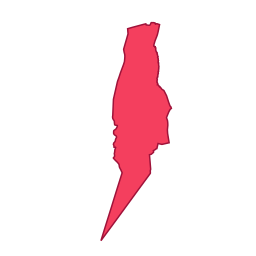 Fljótsdalshreppur, Austurland, Iceland, rotated 334°
{"feature_id": "244011B28727550371532", "entity_name": "Fljótsdalshreppur", "entity_type": "district", "adm_level": 2, "iso_a3": "ISL", "parent_name": "Iceland", "parent_adm1": "Austurland", "projection": "albers", "projection_center": [-15.091, 64.811], "detail": "fine", "context": "isolated", "style": "filled", "palette": "rose", "viewbox_px": 256, "rotation_deg": 334, "n_neighbors": 0, "source": "geoboundaries", "source_scale": "gbopen_adm2", "svg_char_len": 4583}
<svg xmlns="http://www.w3.org/2000/svg" viewBox="0 0 256 256"><g transform="rotate(334 128 128)"><path d="M175.6,129.4L175.8,127.8L175.4,126.3L175.5,125.7L175.7,124.0L175.8,122.9L176.8,115.9L176.7,110.5L176.7,110.1L176.5,109.7L176.2,109.2L175.6,108.3L175.4,107.8L175.3,107.5L175.3,107.1L175.2,106.7L175.2,106.4L174.8,105.8L174.7,105.6L174.8,105.4L174.7,105.3L174.8,105.2L174.8,104.9L174.7,104.8L174.7,104.7L174.4,104.5L174.5,104.3L174.5,104.2L174.3,103.9L174.1,103.6L174.1,103.3L174.0,103.2L173.9,103.0L174.0,102.8L173.9,102.6L174.0,102.2L173.9,101.8L173.9,101.7L174.0,101.5L173.9,101.5L174.0,101.4L174.0,101.2L174.1,100.9L174.1,100.7L174.1,100.4L174.1,100.2L174.0,99.9L174.3,99.7L174.3,99.4L174.4,99.2L174.4,98.8L174.6,98.7L174.9,98.5L174.9,98.4L174.9,98.1L175.0,97.9L175.0,97.7L175.5,97.4L175.6,97.2L175.7,96.4L175.7,96.1L175.8,96.0L175.9,95.9L176.0,95.8L176.3,95.8L176.5,95.7L176.8,95.4L176.8,95.2L177.0,95.1L177.0,94.9L177.3,94.7L177.6,94.5L177.6,94.4L177.5,94.2L177.9,93.8L178.0,93.6L178.1,93.4L178.2,93.1L178.3,92.9L178.5,92.8L178.6,92.7L178.8,92.7L179.0,92.4L179.1,92.0L179.2,91.8L179.3,91.8L179.3,91.7L179.5,91.4L179.6,91.2L179.7,90.7L179.9,90.6L180.2,90.5L180.3,90.5L180.4,90.4L180.4,90.1L180.5,89.9L180.7,89.7L180.9,89.3L181.0,89.1L181.2,88.7L181.4,88.6L181.5,88.5L181.6,88.4L181.6,88.1L181.7,87.9L181.8,87.8L181.8,87.6L182.0,87.4L182.2,87.2L182.2,86.9L182.6,86.5L182.7,86.3L182.7,86.2L182.8,86.1L182.9,85.9L182.9,85.6L182.9,85.4L183.0,85.2L183.3,84.5L183.4,84.2L183.5,83.9L183.7,83.6L183.7,83.4L183.8,83.3L183.9,83.2L183.7,83.0L183.7,82.9L183.8,82.7L184.0,82.6L184.1,82.4L184.1,82.1L184.0,81.9L184.3,81.5L184.4,81.4L184.6,80.9L184.8,80.7L185.0,80.6L185.0,80.2L185.2,79.6L185.2,79.4L185.4,79.3L185.5,79.0L185.5,78.9L185.5,78.7L185.7,78.4L185.7,78.2L185.6,77.9L185.5,77.7L185.7,77.4L185.8,77.2L186.0,77.2L186.3,77.1L186.3,76.9L186.3,76.7L186.3,76.2L186.3,75.9L186.5,75.5L186.6,75.3L186.6,75.2L186.5,74.9L186.7,74.4L186.8,74.2L186.7,74.1L186.9,73.8L186.9,73.7L186.9,73.4L187.0,73.3L186.9,73.2L186.8,72.9L187.1,72.7L187.0,72.4L187.0,72.2L186.9,71.9L186.9,71.7L186.9,71.4L186.9,71.1L187.0,70.9L187.0,70.7L187.0,70.4L187.2,70.2L187.2,69.9L187.3,69.8L187.3,69.5L187.5,69.2L187.7,68.9L187.9,68.6L187.9,68.4L188.0,68.2L187.8,68.1L187.8,67.9L187.7,67.7L187.8,67.6L187.8,67.4L188.0,67.1L188.1,66.9L187.9,66.8L188.0,66.7L187.6,66.2L187.5,65.9L187.1,65.6L187.6,64.7L190.7,61.3L191.5,60.6L194.1,58.2L195.4,56.9L197.4,54.5L201.7,48.9L199.9,47.1L199.5,47.0L199.3,46.8L199.0,46.6L198.8,46.6L198.7,46.7L198.4,46.7L198.3,46.3L198.2,46.3L198.2,46.2L198.3,46.0L198.4,45.7L198.3,45.4L197.3,44.6L196.8,44.3L196.2,44.1L196.0,43.9L195.2,43.5L194.8,43.6L194.3,44.0L193.6,44.6L193.3,44.8L192.9,45.0L192.6,45.1L192.4,45.1L191.8,44.8L190.8,44.2L190.5,43.9L190.1,43.6L189.6,43.4L189.5,43.2L189.5,42.9L189.7,42.4L189.7,42.2L187.1,41.6L175.8,39.4L171.2,38.6L169.3,43.4L160.3,53.4L158.6,55.3L157.8,58.0L157.3,60.4L156.7,62.0L156.1,63.1L155.6,64.0L153.9,66.8L151.7,69.1L145.5,75.0L142.3,78.3L141.6,79.0L139.1,81.4L138.1,82.6L127.5,95.8L119.9,109.9L119.2,110.9L118.9,111.4L118.7,112.1L118.5,112.7L118.5,113.6L118.5,114.2L118.7,114.9L118.7,115.3L118.6,116.0L118.5,116.5L118.3,116.8L118.1,117.3L117.6,118.7L117.5,119.2L117.5,119.4L117.6,119.6L117.8,119.8L119.5,121.1L119.2,121.7L118.5,122.4L117.0,123.5L116.6,123.6L115.9,123.8L114.6,124.0L114.2,124.1L113.9,124.4L113.4,125.1L112.7,126.6L112.6,126.9L112.7,127.4L112.8,128.0L113.0,128.5L113.4,129.2L113.8,129.8L113.9,130.5L113.8,130.9L113.6,131.4L112.1,132.5L111.3,133.4L110.9,134.1L110.5,134.4L109.3,135.0L108.5,135.3L108.3,135.6L107.7,136.3L107.6,136.6L107.7,137.1L107.7,137.3L107.0,139.2L108.3,139.8L108.4,140.0L108.2,140.3L106.5,142.0L106.2,142.6L106.1,142.8L106.0,143.0L105.7,143.3L105.3,144.1L104.7,144.6L104.6,144.9L104.4,145.2L104.1,146.3L103.9,146.7L103.7,147.3L103.5,147.6L103.0,147.9L101.8,148.4L101.7,148.5L101.7,148.9L102.5,151.7L103.2,153.5L103.8,155.7L103.9,156.3L103.9,156.7L103.9,157.1L103.7,157.6L103.3,158.9L103.2,159.3L103.1,160.0L103.2,162.1L103.1,165.7L90.3,179.2L78.1,192.2L67.2,203.7L54.3,217.4L74.6,206.8L92.4,197.4L109.4,188.4L127.9,178.7L128.3,178.4L128.5,178.0L129.1,176.6L129.5,175.9L130.3,175.0L135.6,161.4L137.4,161.8L139.8,161.2L140.3,161.0L140.5,160.8L140.6,160.6L140.7,160.2L140.8,159.5L143.4,159.3L143.8,159.1L144.0,159.0L144.9,159.2L148.2,155.1L151.3,157.6L158.5,159.3L161.2,150.3L162.6,146.9L165.0,143.0L165.9,141.0L166.2,140.2L166.7,138.8L167.1,135.8L167.2,135.6L167.3,135.4L171.6,131.5L172.2,131.0L172.8,130.7L173.2,130.3L173.7,130.0L174.2,129.7L175.6,129.4Z" fill="#f43f5e" stroke="#9f1239" stroke-width="1.5"/></g></svg>